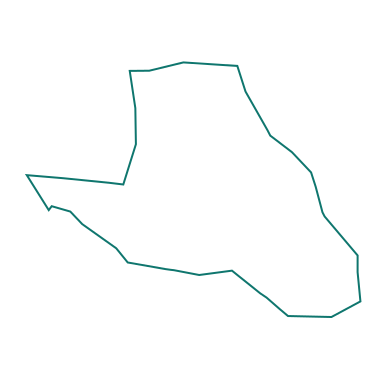 Saintsagaan, Dundgovi, Mongolia (Natural Earth projection), rotated 178°
{"feature_id": "93677404B78970568694360", "entity_name": "Saintsagaan", "entity_type": "district", "adm_level": 2, "iso_a3": "MNG", "parent_name": "Mongolia", "parent_adm1": "Dundgovi", "projection": "natural_earth1", "projection_center": [106.311, 45.756], "detail": "fine", "context": "isolated", "style": "outline", "palette": "teal", "viewbox_px": 384, "rotation_deg": 178, "n_neighbors": 0, "source": "geoboundaries", "source_scale": "gbopen_adm2", "svg_char_len": 618}
<svg xmlns="http://www.w3.org/2000/svg" viewBox="0 0 384 384"><g transform="rotate(178 192 192)"><path d="M28.7,122.8L60.3,162.9L62.3,167.1L68.2,192.9L72.3,207.4L90.7,228.3L111.8,245.6L114.4,251.1L135.0,290.5L142.3,316.4L196.1,321.8L230.5,314.7L250.0,315.2L245.7,277.8L246.4,241.7L260.4,201.9L274.5,204.1L320.4,210.3L356.5,214.6L335.8,178.9L332.7,182.7L314.3,176.7L302.8,163.7L269.7,138.4L258.7,123.8L221.3,115.9L215.6,114.9L212.8,114.5L187.7,108.8L154.8,112.0L148.7,106.7L127.3,88.3L121.2,83.9L108.5,72.0L100.4,64.7L57.0,62.2L27.5,76.8L29.3,106.1L28.7,122.8Z" fill="none" stroke="#0f766e" stroke-width="2"/></g></svg>